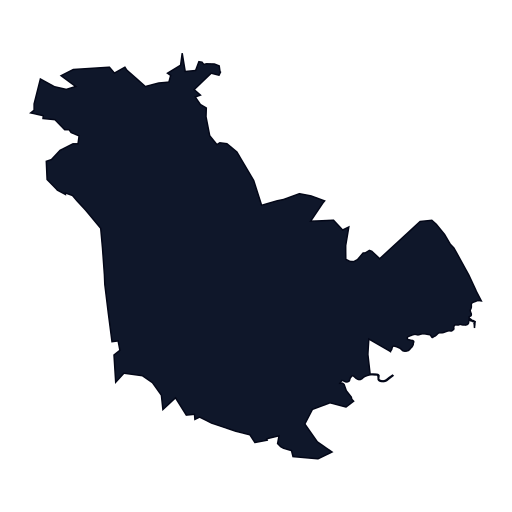 outline of San Pedro de la Cueva, Sonora, Mexico
{"feature_id": "50627088B42158241745677", "entity_name": "San Pedro de la Cueva", "entity_type": "district", "adm_level": 2, "iso_a3": "MEX", "parent_name": "Mexico", "parent_adm1": "Sonora", "projection": "albers", "projection_center": [-109.481, 29.278], "detail": "fine", "context": "isolated", "style": "filled", "palette": "ink", "viewbox_px": 512, "rotation_deg": 0, "n_neighbors": 0, "source": "geoboundaries", "source_scale": "gbopen_adm2", "svg_char_len": 5524}
<svg xmlns="http://www.w3.org/2000/svg" viewBox="0 0 512 512"><path d="M40.4,79.0L34.1,103.9L34.1,110.2L30.7,112.9L43.3,115.7L43.0,118.5L55.0,119.7L64.7,129.7L69.1,129.7L71.1,132.5L79.1,135.9L78.0,143.8L73.0,143.8L60.1,150.3L51.4,159.6L46.3,161.3L47.1,179.5L56.7,189.3L57.3,190.1L65.4,194.4L65.3,192.9L72.5,195.5L77.0,200.8L85.7,210.2L100.7,228.3L102.5,248.2L104.4,274.7L104.8,284.4L105.7,291.7L108.3,313.1L109.6,323.1L112.0,341.7L118.1,340.9L119.0,345.5L119.9,350.3L114.0,355.0L114.4,361.4L115.7,382.2L123.9,373.2L142.4,375.7L152.5,382.7L161.4,395.2L162.9,409.5L175.5,397.8L186.3,415.1L194.5,414.3L194.9,419.4L199.6,417.1L205.3,419.9L211.6,423.1L214.4,424.0L235.6,431.2L235.9,431.3L237.1,431.6L249.9,434.8L254.9,442.5L260.7,441.4L267.1,440.2L266.6,439.2L268.2,438.4L279.0,435.8L277.6,443.6L280.7,446.7L283.6,448.3L291.5,450.6L293.0,456.6L318.0,458.8L332.0,452.0L325.4,447.5L325.3,447.4L317.3,441.8L304.8,424.0L312.4,409.4L330.0,402.8L346.0,407.0L353.6,401.2L351.8,399.3L351.3,397.1L346.3,390.7L344.1,384.5L342.6,383.2L339.9,383.3L341.8,380.5L342.8,380.6L343.4,380.7L343.9,381.1L344.8,381.5L345.7,381.9L346.9,382.0L347.9,381.7L348.6,381.4L349.0,381.2L349.2,380.8L349.5,380.5L349.6,379.9L349.9,379.0L350.1,378.4L350.3,377.9L350.6,377.5L351.1,377.0L351.5,376.5L351.8,376.2L352.2,375.8L352.8,375.7L353.4,375.9L353.8,376.3L354.6,377.0L355.3,377.6L355.9,378.2L357.4,379.1L358.7,379.6L359.7,379.6L360.1,379.6L360.7,379.4L361.4,379.0L362.0,378.7L362.7,378.0L363.8,377.1L365.0,376.4L367.3,375.5L370.0,374.8L372.2,374.7L374.7,374.9L375.9,374.9L376.3,374.9L376.9,375.0L377.5,375.2L377.8,375.6L378.1,376.7L378.2,378.8L378.2,379.5L378.5,380.0L378.8,380.4L379.3,380.8L380.1,381.2L381.3,381.5L383.6,381.6L385.1,381.3L386.6,380.7L387.6,379.9L390.0,378.0L391.8,376.6L393.0,375.7L392.5,375.2L391.1,376.2L389.3,377.4L387.8,378.6L386.3,379.8L385.0,380.5L383.4,380.9L381.5,380.8L380.0,380.3L379.4,380.0L378.9,379.4L378.7,379.0L378.7,378.3L378.7,377.9L378.8,377.4L378.9,376.6L378.9,376.3L379.0,375.7L378.8,375.3L378.4,374.8L377.9,374.5L377.1,374.3L375.1,374.1L372.4,374.0L370.1,374.1L367.9,354.5L368.0,352.1L368.8,339.0L389.1,350.7L390.5,351.6L390.7,350.7L391.1,350.4L391.4,349.9L391.6,349.6L391.8,349.1L392.0,348.1L392.4,347.1L392.7,346.5L393.1,346.2L393.5,346.1L394.1,346.1L396.1,346.6L397.2,347.0L398.5,347.6L399.7,348.1L400.2,348.4L400.6,348.7L401.1,349.2L401.6,349.7L402.1,350.1L402.7,350.7L403.3,350.9L404.5,351.2L406.0,351.2L407.5,350.8L408.5,350.5L409.7,349.4L410.6,348.3L411.1,347.7L411.7,347.3L412.1,346.6L412.6,345.9L413.2,344.6L413.3,343.6L413.4,342.9L413.8,341.9L413.6,341.2L412.7,340.5L411.5,340.4L410.6,340.2L409.6,339.9L408.0,339.5L407.4,339.0L407.3,338.3L407.3,337.7L407.4,337.3L407.8,336.8L408.9,336.3L409.9,335.9L410.6,335.6L411.3,335.4L412.1,335.0L413.5,334.6L415.0,334.3L416.5,334.6L417.7,334.9L418.8,334.8L420.6,334.2L422.5,333.8L425.1,333.9L425.5,334.0L426.7,334.2L427.2,334.3L428.2,334.5L429.7,334.7L430.3,335.0L430.8,335.6L431.2,336.3L431.6,336.8L432.0,337.4L432.5,337.5L432.9,337.4L433.2,336.8L433.5,336.6L434.4,336.4L435.0,336.1L435.8,335.5L436.5,334.9L437.3,334.1L437.9,333.5L438.6,333.0L439.5,332.8L441.3,332.8L442.9,332.7L444.1,332.3L446.0,331.6L447.7,331.0L448.9,330.8L449.5,330.8L450.3,330.9L450.8,331.0L451.4,331.0L451.6,330.9L451.9,330.8L452.1,330.6L452.3,330.5L452.7,330.0L453.1,329.8L453.5,329.7L453.9,328.8L453.7,327.5L453.9,326.4L454.3,325.5L454.8,325.1L455.3,324.9L456.1,324.9L456.7,324.9L457.5,325.0L458.5,325.0L459.2,324.7L459.8,324.4L460.3,324.4L460.9,324.5L461.9,324.8L462.9,325.0L464.8,325.0L465.8,325.1L466.3,324.8L466.9,324.7L467.3,324.5L467.7,324.2L468.0,323.9L468.2,323.7L468.4,323.4L468.5,323.0L468.7,322.0L469.2,318.6L470.1,320.3L470.6,320.8L471.3,320.9L471.7,320.9L472.2,321.3L472.5,321.5L472.8,321.5L473.2,321.5L473.7,321.5L474.3,321.8L474.5,321.9L474.4,322.8L474.0,323.3L474.1,323.8L474.2,324.4L474.4,325.1L474.3,325.4L474.3,325.5L474.5,328.0L474.6,326.4L474.8,325.0L474.9,323.8L474.9,322.6L475.2,321.9L475.2,321.7L474.7,321.4L474.2,321.1L473.3,320.6L472.1,320.4L471.1,319.5L470.7,319.2L469.9,318.6L469.6,318.5L469.2,318.3L469.2,317.8L468.9,317.2L469.3,316.8L469.8,316.4L470.4,316.1L470.8,315.9L471.1,315.6L471.2,315.2L471.3,314.9L471.3,314.6L471.3,314.1L471.2,313.5L470.7,312.4L470.3,311.0L470.2,310.3L470.3,309.8L470.7,309.2L470.8,308.8L471.1,308.2L471.3,307.6L471.3,307.2L471.4,306.7L471.3,306.0L471.3,305.5L471.4,305.1L471.3,304.7L471.3,304.4L471.5,303.6L472.4,302.6L473.9,302.0L474.8,301.7L475.8,301.3L477.1,300.7L479.3,300.6L481.3,300.9L476.2,291.1L475.7,289.8L468.8,275.0L465.1,268.3L456.6,252.8L453.9,248.0L450.2,244.1L444.6,234.5L436.3,224.3L431.8,220.3L420.1,221.5L387.1,251.9L379.6,258.8L379.5,258.5L372.2,251.7L371.8,251.3L369.4,250.4L367.3,251.7L365.3,252.9L363.1,253.0L357.5,259.6L353.8,261.6L349.9,261.4L345.8,259.3L345.7,251.4L345.7,245.5L348.8,227.0L342.6,230.0L333.5,220.2L318.8,220.9L310.6,221.2L323.0,202.8L324.6,200.9L311.0,195.9L299.4,193.7L283.5,199.5L277.1,200.8L261.6,205.3L253.7,180.5L239.7,156.8L239.6,156.6L236.9,152.0L226.9,143.7L219.8,142.8L216.9,144.6L209.7,135.7L206.0,116.7L206.3,108.0L200.4,104.5L195.2,97.0L200.4,95.1L194.1,89.6L211.2,73.2L219.0,75.2L220.5,72.1L220.0,71.6L219.2,65.9L214.4,64.0L206.3,63.8L203.8,64.5L202.0,62.2L198.9,61.7L195.6,70.5L185.2,71.5L182.2,53.2L180.6,65.2L167.5,73.2L170.7,75.4L168.9,82.1L158.7,83.0L146.9,86.1L145.4,86.6L136.0,78.2L135.5,77.8L130.2,73.1L129.9,72.9L126.7,70.0L124.9,67.2L114.4,73.1L109.4,67.2L73.3,69.5L61.1,75.7L75.7,86.5L66.3,89.4L54.4,86.7L40.4,79.0Z" fill="#0f172a" stroke="#020617" stroke-width="1.5"/></svg>